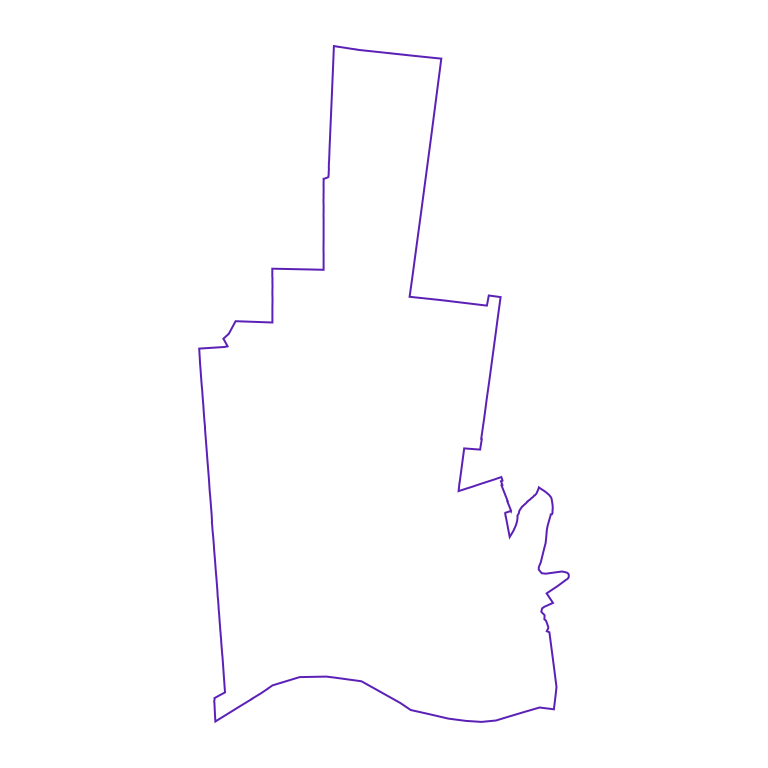 the district of Calarasi, Calarasi, Romania
{"feature_id": "2599482B19108190485382", "entity_name": "Calarasi", "entity_type": "district", "adm_level": 2, "iso_a3": "ROU", "parent_name": "Romania", "parent_adm1": "Calarasi", "projection": "equal_earth", "projection_center": [27.34, 44.223], "detail": "fine", "context": "isolated", "style": "outline", "palette": "violet", "viewbox_px": 768, "rotation_deg": 0, "n_neighbors": 0, "source": "geoboundaries", "source_scale": "gbopen_adm2", "svg_char_len": 4317}
<svg xmlns="http://www.w3.org/2000/svg" viewBox="0 0 768 768"><path d="M441.3,58.6L440.8,58.6L410.8,55.5L361.3,50.2L360.1,50.1L333.9,46.1L333.3,61.1L331.5,103.6L330.3,131.0L329.5,149.9L329.4,153.3L329.2,158.2L329.1,160.5L329.1,161.6L328.9,162.2L328.9,162.8L328.9,163.1L328.9,163.9L328.8,167.7L328.9,169.4L328.7,172.0L328.7,173.8L328.5,175.8L328.3,177.1L327.8,177.4L323.8,178.9L323.6,178.9L323.6,181.8L323.6,183.1L323.5,184.5L323.6,185.8L323.6,187.7L323.6,189.3L323.6,191.0L323.6,193.5L323.5,195.4L323.6,197.1L323.5,198.8L323.5,201.6L323.6,205.3L323.6,207.1L323.6,211.3L323.6,213.1L323.5,214.9L323.6,218.7L323.6,229.3L323.6,239.5L323.5,248.7L323.6,253.4L323.6,254.9L323.6,266.1L323.6,269.8L311.6,269.5L272.3,268.7L272.3,271.8L272.3,276.5L272.3,276.9L272.5,278.0L272.4,282.0L272.5,285.4L272.5,287.6L272.4,290.9L272.4,294.7L272.5,298.0L272.5,302.1L272.4,306.8L272.4,313.5L272.4,318.4L272.4,321.4L272.4,322.5L235.6,321.2L228.8,333.8L223.4,338.7L227.6,346.3L227.1,346.6L226.2,346.6L224.2,347.0L199.2,348.6L199.7,357.1L200.0,362.7L200.7,371.7L201.1,377.6L201.3,379.6L201.3,380.7L201.5,382.3L201.8,386.5L202.2,390.4L202.4,393.2L202.6,396.5L203.1,402.5L203.4,406.1L203.7,411.3L204.4,420.6L205.0,426.8L205.0,428.4L205.1,429.9L205.3,432.9L205.8,438.9L206.5,448.1L207.2,457.3L207.8,465.1L208.6,475.0L209.1,481.6L209.3,485.0L209.7,491.2L210.1,495.1L211.7,515.4L212.0,521.3L211.8,522.2L212.1,524.3L212.6,531.0L213.2,537.0L213.7,543.1L214.3,552.0L214.7,556.5L214.9,559.0L215.3,564.2L215.6,568.4L216.1,574.7L216.5,579.0L217.0,585.7L217.4,590.8L217.7,596.5L217.8,597.3L218.0,598.9L218.2,601.6L218.5,605.5L218.6,608.3L219.0,612.5L219.5,619.2L219.6,621.0L220.1,627.2L220.2,628.8L220.3,630.4L220.6,633.0L220.7,635.3L221.1,639.2L221.2,640.9L221.4,644.4L221.9,650.3L222.2,654.2L222.5,657.0L225.0,692.4L219.8,695.2L214.5,698.1L214.6,699.3L214.1,701.7L214.4,702.4L215.0,715.3L215.4,721.5L216.0,721.1L217.1,720.4L220.0,718.6L227.6,713.9L237.3,707.9L242.5,704.7L251.9,699.0L251.8,698.9L261.8,692.8L271.6,686.0L272.4,685.4L284.9,681.6L299.7,677.1L326.5,676.6L336.1,677.8L357.3,680.7L361.5,681.3L388.9,696.6L400.5,703.1L410.7,710.0L429.4,714.2L448.3,718.6L465.9,720.9L481.5,721.9L495.9,720.5L496.0,720.5L509.1,716.5L526.6,711.3L539.6,707.5L544.3,708.1L551.7,709.0L553.9,709.3L553.9,709.2L555.7,694.4L556.5,687.0L554.1,668.2L549.4,632.3L546.8,631.2L548.3,628.0L548.3,627.0L547.8,625.7L546.7,622.5L546.1,620.9L545.8,620.4L544.4,619.3L544.6,615.5L544.3,614.8L542.5,613.1L541.3,611.7L542.1,608.4L544.3,606.8L553.0,602.9L546.6,593.4L557.7,586.0L566.3,579.6L567.0,579.3L568.0,578.3L568.7,577.3L568.8,575.1L568.4,573.8L567.3,572.8L565.0,572.1L562.0,571.5L545.7,573.7L541.7,573.2L538.8,569.7L538.8,567.3L539.5,565.3L540.7,562.6L544.3,548.0L545.6,543.2L546.1,538.5L546.9,529.5L547.7,525.5L550.8,514.5L550.8,514.4L551.2,514.4L552.0,514.2L552.5,512.9L552.5,511.0L552.7,508.7L552.7,506.3L552.5,504.4L551.8,500.0L551.4,498.3L551.1,497.4L550.5,496.7L549.1,494.9L545.3,491.7L539.7,488.0L538.9,487.4L538.8,487.7L538.8,487.8L538.6,488.4L538.1,489.7L538.0,490.0L537.7,490.8L537.3,491.5L537.0,492.3L536.5,493.4L536.0,494.1L534.8,495.4L534.4,495.4L532.8,497.2L531.6,498.0L530.2,499.4L529.7,499.8L529.2,500.2L528.7,500.4L527.5,501.7L527.3,501.6L526.0,503.3L523.9,505.0L523.5,505.5L521.7,507.0L521.5,507.6L519.9,509.8L519.3,511.0L519.1,511.5L519.0,512.3L518.8,513.3L518.3,514.3L517.5,515.5L517.4,516.0L517.6,516.8L517.5,517.7L517.4,518.7L517.1,521.2L516.5,523.2L516.1,524.7L515.7,525.7L514.3,528.9L514.1,529.1L513.5,530.7L509.7,537.0L505.8,516.5L505.7,516.5L505.2,513.7L505.3,512.8L510.9,511.0L511.0,511.2L511.1,510.8L511.0,510.6L510.0,508.1L507.3,501.3L507.7,501.2L501.5,485.3L502.4,485.0L501.5,482.6L501.0,481.2L502.2,480.8L502.3,480.8L502.5,480.7L502.2,479.6L502.1,479.1L501.8,478.5L501.5,477.7L501.3,477.1L501.1,477.2L500.3,477.4L499.7,477.6L499.3,477.8L498.9,477.9L498.5,478.0L498.2,478.2L497.6,478.3L496.3,478.8L496.0,478.9L495.2,479.2L480.3,484.0L471.8,486.9L469.8,487.5L459.8,490.7L458.6,491.1L459.4,483.4L459.5,483.4L459.8,481.3L464.2,448.4L480.1,449.6L481.8,439.1L481.2,438.9L484.3,417.4L486.8,398.4L489.3,380.8L495.7,333.4L497.4,320.4L500.6,297.1L488.8,295.5L486.9,305.6L486.7,305.6L463.4,302.8L440.0,300.0L409.6,296.8L412.5,276.1L416.8,244.0L421.2,211.6L431.3,135.7L436.3,97.1L439.6,71.8L441.3,58.6Z" fill="none" stroke="#5b21b6" stroke-width="2"/></svg>